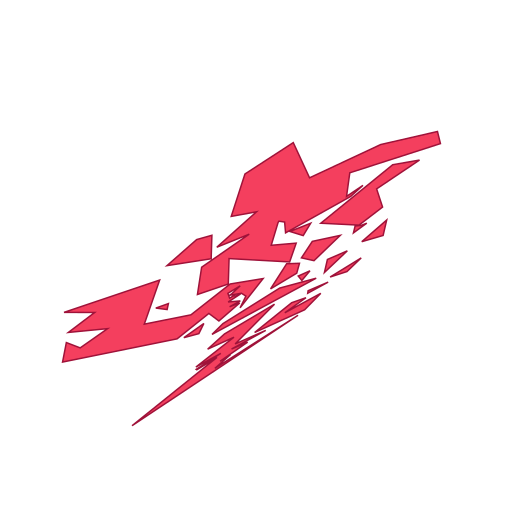 an SVG outline of Nunavut, rotated 147°
{"feature_id": "CAN-634", "entity_name": "Nunavut", "entity_type": "Territory", "adm_level": 1, "iso_a3": "CAN", "parent_name": "Canada", "parent_adm1": "", "projection": "equal_earth", "projection_center": [-85.605, 67.518], "detail": "medium", "context": "isolated", "style": "filled", "palette": "rose", "viewbox_px": 512, "rotation_deg": 147, "n_neighbors": 0, "source": "natural_earth", "source_scale": "10m", "svg_char_len": 1959}
<svg xmlns="http://www.w3.org/2000/svg" viewBox="0 0 512 512"><g transform="rotate(147 256 256)"><path d="M144.1,254.4L218.6,259.3L213.5,268.9L217.8,272.7L219.2,272.1L237.4,256.7L215.3,244.9L231.0,232.7L280.0,268.5L294.5,247.6L326.1,255.6L307.7,276.2L249.8,278.0L284.1,284.7L231.5,292.8L255.2,302.7L220.6,330.8L163.0,330.8L168.5,292.4L90.8,281.6L36.0,261.6L40.1,249.8L132.0,274.7L147.6,256.7L127.8,257.0L144.1,254.4ZM349.9,288.3L386.8,259.7L342.6,242.1L292.9,246.6L262.3,233.2L297.6,221.2L286.3,227.9L288.5,232.7L299.6,237.5L297.1,237.5L285.5,239.6L299.9,240.0L301.1,235.0L296.6,234.9L294.5,233.4L291.2,232.8L291.0,232.6L304.4,232.6L293.6,226.9L305.8,227.8L295.2,225.5L322.5,221.7L326.8,233.5L367.3,229.5L476.0,272.4L462.2,286.7L453.5,274.7L420.0,275.9L455.0,294.1L422.1,296.5L447.7,313.3L349.9,288.3ZM452.4,181.2L343.9,192.2L367.6,192.8L367.9,193.5L338.5,193.5L366.9,195.6L318.7,199.9L347.3,204.2L324.9,207.8L266.7,205.5L321.4,193.6L288.3,188.3L327.2,191.3L309.9,188.3L343.5,187.3L331.0,187.2L351.7,184.2L253.0,183.4L452.4,181.2ZM123.2,228.1L152.8,225.8L183.8,248.2L91.6,258.1L66.6,247.4L118.3,246.6L123.2,228.1ZM222.0,189.4L244.5,184.4L298.8,192.6L251.5,197.4L236.8,193.8L262.8,192.7L222.0,189.4ZM335.6,214.2L320.5,217.3L253.6,216.2L217.6,204.6L335.6,214.2ZM218.9,229.7L200.8,237.6L174.1,227.4L209.9,220.5L218.9,229.7ZM335.9,296.4L296.8,302.1L281.7,297.4L295.1,278.1L335.9,296.4ZM261.7,220.5L234.5,232.8L223.5,226.2L231.2,219.4L261.7,220.5ZM207.6,204.9L198.0,214.2L176.6,210.6L207.6,204.9ZM126.8,215.0L138.2,204.0L159.5,210.4L126.8,215.0ZM168.8,197.1L188.2,193.4L205.3,198.0L168.8,197.1ZM336.5,227.8L346.2,222.0L361.0,226.8L336.5,227.8ZM205.3,247.4L214.2,258.1L192.3,253.7L205.3,247.4ZM230.9,210.5L231.5,216.2L218.8,214.2L230.9,210.5ZM231.2,198.5L209.7,194.8L232.9,196.6L231.2,198.5ZM359.7,259.5L368.4,266.9L355.4,263.8L359.7,259.5ZM161.7,222.3L156.5,227.2L151.3,224.4L145.2,223.2L161.7,222.3Z" fill="#f43f5e" stroke="#9f1239" stroke-width="1.5"/></g></svg>